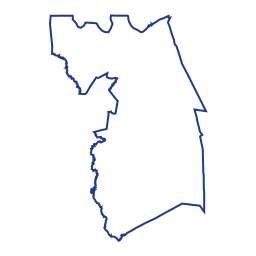 the district of Compostela Valley, Compostela Valley, Philippines
{"feature_id": "2640588B76140513385915", "entity_name": "Compostela Valley", "entity_type": "district", "adm_level": 2, "iso_a3": "PHL", "parent_name": "Philippines", "parent_adm1": "Compostela Valley", "projection": "albers", "projection_center": [125.86, 7.537], "detail": "fine", "context": "isolated", "style": "outline", "palette": "blue", "viewbox_px": 256, "rotation_deg": 0, "n_neighbors": 0, "source": "geoboundaries", "source_scale": "gbopen_adm2", "svg_char_len": 5579}
<svg xmlns="http://www.w3.org/2000/svg" viewBox="0 0 256 256"><path d="M50.7,15.8L50.0,23.9L52.2,46.1L52.1,53.8L52.6,53.6L52.9,53.9L53.4,53.8L53.4,54.1L54.3,54.6L54.8,54.4L55.1,55.1L56.1,55.6L58.0,55.5L58.4,55.8L58.9,55.5L58.8,55.8L58.2,56.1L58.2,56.3L58.8,56.6L58.9,56.2L59.4,56.4L59.3,56.8L59.8,56.7L60.1,56.9L59.9,57.5L61.3,58.3L61.9,58.3L61.8,58.0L62.1,57.8L62.0,57.5L62.6,57.4L64.2,58.5L63.9,59.1L64.5,59.1L65.9,60.3L66.4,61.2L66.7,62.8L66.2,62.9L66.1,63.4L66.6,63.8L66.1,65.8L66.3,66.3L66.7,66.4L66.3,66.8L66.7,67.3L66.4,67.5L67.1,67.5L66.9,68.2L66.5,68.2L66.5,69.1L67.0,69.4L67.3,70.9L66.8,72.0L67.0,72.6L66.8,72.8L67.4,73.5L67.2,73.8L67.3,74.3L68.7,75.5L68.9,76.3L69.4,76.0L70.1,76.5L70.5,76.3L70.5,76.8L70.8,77.2L70.9,76.9L71.1,77.0L70.9,77.7L71.2,77.7L71.2,77.3L71.5,77.3L72.1,77.9L72.1,78.6L72.5,78.4L73.7,78.8L73.8,80.1L74.4,81.3L75.1,81.8L75.6,81.6L76.5,81.7L76.5,83.5L77.0,84.0L77.1,83.6L77.4,83.8L77.3,84.3L77.6,85.3L77.3,86.3L76.8,86.6L76.8,86.8L77.4,86.8L78.0,86.5L78.0,87.2L78.9,87.2L79.2,87.5L79.2,88.5L80.0,88.6L79.8,89.1L80.3,89.9L80.0,90.6L80.3,90.3L80.5,90.4L80.4,91.5L79.5,91.6L79.9,92.9L79.4,93.7L84.8,94.2L86.6,92.8L90.3,86.3L96.3,77.5L98.3,78.0L107.3,73.2L106.7,75.4L107.2,77.3L109.0,78.1L111.8,78.6L115.1,77.9L117.2,78.3L116.6,79.6L115.6,80.2L115.6,80.6L115.9,80.5L116.0,80.7L115.9,81.9L114.7,82.9L114.4,82.6L113.8,83.0L113.9,83.6L113.7,83.7L113.4,84.3L112.9,84.3L113.4,85.0L112.9,85.4L112.5,85.0L112.1,85.3L112.4,85.6L112.3,86.2L111.1,87.2L111.1,87.9L110.6,88.5L110.3,88.3L110.1,88.4L110.2,89.3L109.1,89.5L109.0,90.2L116.0,99.2L117.7,101.0L115.5,113.5L113.6,113.7L112.0,113.0L111.0,112.2L110.8,111.5L110.0,111.9L108.3,112.0L108.6,114.0L106.6,129.0L100.6,130.3L94.1,132.1L95.0,132.8L95.5,134.8L95.8,134.6L96.1,134.7L96.4,136.1L97.2,137.4L100.6,137.0L100.4,137.5L101.1,138.2L101.8,138.4L102.5,138.3L102.8,139.0L103.1,139.2L103.8,139.2L104.3,138.8L104.6,138.8L105.2,140.0L104.3,141.0L103.6,141.4L102.9,141.3L101.3,142.4L100.3,142.4L99.8,141.3L98.1,141.8L96.0,144.5L95.3,144.0L94.0,144.1L94.0,145.1L94.5,146.3L93.3,146.5L92.5,146.0L92.2,146.1L91.9,147.5L92.4,148.2L91.3,148.7L91.8,149.4L91.3,149.8L91.2,151.8L90.9,152.6L90.9,153.8L91.1,154.3L92.3,155.0L92.9,154.8L93.5,155.2L93.2,155.8L93.7,156.6L93.3,157.4L94.2,158.0L93.7,158.8L94.1,158.9L94.6,158.6L94.8,159.4L94.7,160.1L94.0,160.4L93.8,161.0L93.4,160.6L93.3,161.8L92.4,162.8L92.5,163.2L93.3,163.4L93.7,163.9L93.5,164.2L92.7,163.9L92.5,164.2L91.8,166.7L92.1,167.3L91.7,168.9L93.1,169.8L93.3,170.9L93.9,170.6L93.6,170.3L93.9,170.4L94.6,169.9L94.8,170.2L95.0,170.0L95.1,170.5L95.4,170.6L95.6,170.5L96.0,170.4L96.7,170.6L96.5,171.1L96.6,172.4L97.2,173.1L97.2,173.4L96.9,173.4L97.0,173.6L97.4,173.5L97.0,173.7L97.1,173.8L97.4,173.5L97.6,173.8L97.4,174.6L97.1,174.9L97.2,175.1L97.4,174.8L97.6,175.0L97.5,175.6L97.1,175.8L96.9,175.7L96.7,176.5L96.2,176.6L96.2,177.0L96.5,177.3L96.2,177.5L96.2,178.2L95.8,178.2L95.5,178.6L95.9,179.1L95.7,180.1L95.1,180.5L95.2,181.8L95.4,182.1L95.2,182.4L95.4,182.9L95.1,183.2L95.4,183.5L95.4,184.4L95.8,185.5L95.7,185.9L95.2,186.1L95.3,186.8L95.6,187.0L95.7,187.6L94.9,187.9L94.6,188.4L93.9,189.0L94.0,189.1L93.8,189.1L94.0,190.2L94.3,190.2L93.7,190.6L94.1,190.5L94.1,190.8L93.9,190.9L93.9,190.6L93.7,190.6L93.6,190.9L93.9,191.3L93.5,191.9L94.0,193.0L93.7,194.0L93.8,195.0L93.4,195.5L93.6,196.1L93.3,196.8L93.7,198.0L95.2,200.2L95.8,201.7L96.4,202.1L96.8,202.9L97.1,202.8L97.6,203.3L98.5,203.3L98.5,203.6L98.8,203.8L99.0,203.6L98.9,203.9L99.5,204.6L99.3,205.3L99.9,205.8L100.0,206.4L100.4,206.8L100.4,207.1L101.0,207.0L101.3,207.6L101.5,207.4L101.5,207.9L101.3,207.9L101.8,208.7L101.3,209.4L101.1,210.1L101.4,211.1L101.2,211.9L102.1,213.2L101.8,213.9L102.8,214.7L103.0,215.3L104.0,216.0L103.9,216.2L103.9,216.3L104.1,216.1L104.4,216.4L104.7,216.9L105.9,217.1L106.5,218.2L106.5,219.5L106.1,219.6L106.3,219.6L105.7,221.4L105.7,222.3L104.9,225.3L104.9,225.5L105.1,225.3L105.0,225.7L105.4,226.6L104.3,227.8L105.5,229.7L107.6,231.6L108.8,234.3L110.9,236.4L111.1,235.9L111.3,236.5L113.5,236.6L115.2,237.1L117.0,238.5L117.5,239.7L118.3,240.0L118.8,240.6L119.1,240.2L119.6,240.4L120.7,239.1L120.5,238.8L120.9,238.8L121.6,237.6L121.5,237.4L121.8,236.7L121.5,236.4L121.2,235.5L121.4,235.3L121.8,235.5L121.9,235.0L122.5,235.4L123.1,234.8L123.4,235.0L123.3,235.5L123.7,235.5L124.0,235.0L124.4,235.2L124.6,234.6L125.3,234.9L127.1,233.0L133.1,229.8L135.4,228.3L146.8,222.3L155.1,218.5L161.2,215.0L182.2,203.6L199.8,205.7L204.2,211.7L204.2,192.1L203.8,188.9L203.7,174.3L203.3,173.0L202.8,149.7L200.1,136.4L202.3,134.8L200.0,131.8L197.2,120.7L196.5,116.6L194.5,109.5L206.0,111.2L187.9,75.0L182.1,64.0L178.5,52.1L176.4,46.0L174.9,44.5L174.4,43.2L174.1,40.3L172.1,34.9L169.7,26.8L167.9,22.3L170.3,17.5L168.5,17.6L168.0,16.8L168.3,16.1L166.8,16.6L163.9,18.1L159.5,19.6L155.9,22.2L153.8,23.2L153.6,23.6L152.8,23.7L152.4,24.2L151.9,23.9L152.2,24.6L151.9,25.0L151.4,24.6L151.1,25.3L150.6,25.0L149.9,25.6L149.7,25.3L148.8,25.3L148.4,25.8L148.8,26.3L148.8,26.7L148.1,26.9L146.3,29.0L143.1,31.7L141.8,32.1L140.4,31.9L137.4,29.9L133.5,28.1L132.3,26.9L131.1,25.5L129.3,22.3L128.4,19.4L128.2,16.8L128.0,16.0L127.5,15.7L115.3,15.7L111.0,15.4L110.5,18.7L112.5,23.9L111.0,28.0L108.5,32.2L105.2,32.1L102.5,30.9L99.5,28.0L98.1,26.3L96.6,23.3L90.7,22.8L85.5,22.6L83.8,25.8L80.7,27.8L78.3,27.0L77.2,25.6L76.4,23.5L72.7,19.4L72.9,18.4L72.7,15.7L50.7,15.8ZM91.8,189.0L91.4,189.1L91.4,191.0L91.2,191.0L91.0,191.7L91.1,192.5L91.8,193.1L92.2,192.7L92.6,190.6L92.4,190.5L92.5,189.6L91.8,189.0ZM94.2,187.3L93.7,187.6L93.7,188.7L94.8,187.8L94.7,187.4L94.2,187.3Z" fill="none" stroke="#1e3a8a" stroke-width="2"/></svg>